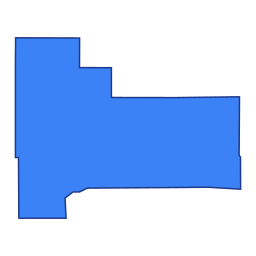 outline of Jackson, Wisconsin, United States of America
{"feature_id": "52423323B52895096263984", "entity_name": "Jackson", "entity_type": "district", "adm_level": 2, "iso_a3": "USA", "parent_name": "United States of America", "parent_adm1": "Wisconsin", "projection": "equal_earth", "projection_center": [-90.803, 44.334], "detail": "fine", "context": "isolated", "style": "filled", "palette": "blue", "viewbox_px": 256, "rotation_deg": 0, "n_neighbors": 0, "source": "geoboundaries", "source_scale": "gbopen_adm2", "svg_char_len": 396}
<svg xmlns="http://www.w3.org/2000/svg" viewBox="0 0 256 256"><path d="M239.5,96.8L175.5,97.6L111.4,97.5L111.4,67.7L79.5,67.6L79.6,38.0L47.7,37.9L15.6,37.8L15.4,67.6L15.4,157.5L18.5,157.5L18.8,215.2L18.9,218.2L66.1,218.2L65.0,198.0L73.0,192.0L79.7,191.9L87.3,188.1L177.0,187.5L208.1,187.2L240.6,189.2L240.5,157.1L239.1,155.2L239.5,96.8Z" fill="#3b82f6" stroke="#1e3a8a" stroke-width="1.5"/></svg>